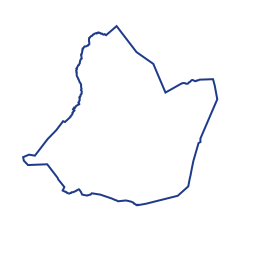 Ringebu nor, Oppland, Norway (Mercator projection), rotated 27°
{"feature_id": "86288312B31660011539204", "entity_name": "Ringebu nor", "entity_type": "district", "adm_level": 2, "iso_a3": "NOR", "parent_name": "Norway", "parent_adm1": "Oppland", "projection": "mercator", "projection_center": [10.18, 61.557], "detail": "fine", "context": "isolated", "style": "outline", "palette": "blue", "viewbox_px": 256, "rotation_deg": 27, "n_neighbors": 0, "source": "geoboundaries", "source_scale": "gbopen_adm2", "svg_char_len": 4958}
<svg xmlns="http://www.w3.org/2000/svg" viewBox="0 0 256 256"><g transform="rotate(27 128 128)"><path d="M98.2,213.4L101.5,213.3L101.5,213.2L101.8,213.2L102.2,213.1L102.7,213.2L103.4,213.6L104.2,213.3L104.3,213.3L105.6,213.0L105.7,212.8L106.4,211.9L106.7,211.8L106.9,211.3L106.9,210.9L108.3,210.1L108.6,209.5L108.9,209.3L109.2,209.0L109.6,208.6L109.7,208.4L109.8,208.2L110.3,207.5L110.6,207.2L110.7,206.7L110.9,206.4L112.1,204.9L112.7,205.1L114.9,206.2L115.9,207.0L117.3,208.1L118.8,207.8L120.1,207.4L121.4,207.0L121.6,206.9L122.0,206.8L122.1,206.7L122.4,206.6L122.5,206.3L122.9,206.1L124.3,204.8L124.4,204.6L124.7,204.5L124.9,204.3L125.0,203.9L125.1,203.4L125.2,203.0L125.4,202.6L133.7,199.9L135.8,199.6L145.5,198.2L149.1,198.0L150.6,197.7L151.9,197.8L152.4,197.8L158.9,193.6L161.2,192.9L164.3,192.2L166.8,192.1L167.0,192.3L167.4,192.4L167.4,192.5L167.5,192.6L167.9,192.5L168.1,192.6L168.4,192.5L168.7,192.6L169.3,192.6L170.2,192.8L170.3,192.7L170.7,192.6L170.8,192.5L171.0,192.6L171.3,192.3L171.4,192.5L171.5,192.5L178.2,187.5L203.1,165.8L208.2,152.7L205.9,144.7L205.3,142.1L203.4,135.6L201.2,127.6L197.7,109.4L198.9,107.6L197.3,104.5L195.5,77.1L194.5,61.9L186.0,50.8L181.6,45.9L169.9,52.4L169.7,52.5L169.4,53.1L168.7,53.8L168.3,54.0L168.2,54.2L167.8,54.4L167.8,54.7L167.3,55.1L167.2,55.3L167.0,55.6L166.5,55.8L166.1,55.8L165.1,55.9L164.7,55.8L164.3,55.8L163.6,56.0L163.2,56.3L163.0,56.5L162.8,57.0L162.7,57.5L162.3,58.7L162.1,59.0L161.6,59.6L161.5,60.5L161.2,61.1L161.2,61.3L160.9,61.5L160.5,61.6L160.3,61.8L160.1,62.0L159.7,62.1L159.1,62.3L158.5,62.2L158.2,62.2L157.1,62.7L156.4,63.2L155.8,63.9L155.6,63.9L145.3,79.4L132.4,68.6L121.5,59.4L101.1,56.5L71.6,42.4L66.3,55.3L66.2,55.3L65.8,55.0L65.4,55.0L65.1,55.0L64.9,55.0L64.6,55.0L64.5,55.3L64.4,55.5L64.1,55.8L63.6,55.8L63.3,56.0L62.9,56.0L62.5,55.8L62.1,55.8L61.9,55.7L61.8,55.8L61.6,56.1L61.1,56.3L60.7,56.1L60.1,56.0L59.9,56.0L59.7,56.1L59.3,56.1L59.2,56.3L58.9,56.3L58.7,56.5L58.5,56.4L58.3,56.3L58.2,56.4L57.9,56.6L57.8,56.8L57.8,57.0L57.7,57.1L57.0,57.5L56.9,57.7L57.0,58.0L56.9,58.0L56.4,58.1L56.0,58.4L55.8,58.7L55.5,59.0L55.2,59.4L55.2,59.7L55.0,59.9L54.9,60.3L54.6,60.5L54.3,60.8L54.3,61.1L54.3,61.4L54.3,61.5L54.2,61.8L54.1,62.2L54.0,62.4L53.8,62.4L53.6,62.6L53.4,63.0L53.2,63.3L53.1,63.6L53.1,63.8L53.1,64.3L52.9,64.4L52.9,64.8L52.8,65.0L52.5,65.5L52.8,66.0L52.8,66.5L53.2,67.0L53.4,67.6L53.6,67.8L53.8,68.3L53.9,68.5L54.1,68.7L54.8,69.5L54.9,69.8L55.0,70.1L55.4,70.7L55.5,70.9L55.5,71.1L55.4,71.2L55.2,71.5L55.0,72.4L55.0,72.5L54.5,72.7L54.5,73.1L54.4,73.2L53.9,73.8L53.6,74.3L53.3,74.6L52.4,74.9L52.3,75.0L52.2,75.2L52.2,75.4L52.1,75.8L52.0,76.6L51.9,76.8L52.0,77.2L51.9,77.4L51.7,77.6L51.5,77.8L51.6,78.0L51.8,78.1L52.0,78.3L52.1,78.6L52.1,78.9L52.1,79.0L51.9,79.5L52.2,79.9L52.3,80.1L52.6,80.8L52.7,81.6L52.9,81.8L53.0,82.4L52.9,82.7L52.9,82.9L53.0,83.2L52.9,83.6L53.2,83.7L53.3,83.8L53.1,84.3L53.2,84.5L53.4,84.6L53.8,85.1L54.2,85.7L54.6,86.5L55.2,87.0L55.2,87.3L54.9,87.5L54.8,87.8L54.8,88.1L54.8,88.5L54.7,88.7L54.7,89.0L54.8,89.2L54.9,89.4L54.9,89.8L54.9,90.4L55.1,90.7L55.1,90.9L55.2,91.1L55.5,91.9L55.7,92.3L55.6,93.0L55.5,93.3L55.5,93.5L55.7,94.0L55.3,94.5L55.1,94.9L55.2,95.3L55.2,95.6L55.2,95.9L55.3,96.2L55.3,96.3L55.1,97.2L55.1,97.7L55.0,98.1L55.0,98.3L55.5,98.3L55.6,98.6L55.7,98.8L55.8,98.9L55.9,99.1L55.9,99.3L55.7,99.8L55.6,100.0L55.7,100.3L55.8,100.4L56.2,100.6L56.3,100.7L56.4,100.8L56.4,101.3L56.5,101.5L56.9,101.6L57.0,101.7L57.1,101.8L57.1,102.2L57.1,102.3L57.5,102.6L57.8,103.0L57.9,103.3L58.0,103.6L58.1,103.9L58.4,104.4L58.6,104.7L58.9,104.9L59.4,105.4L59.9,105.6L60.8,106.3L61.2,106.8L61.5,106.8L62.1,107.4L62.8,107.8L63.1,108.2L64.2,109.2L64.3,109.3L65.1,109.5L66.0,110.2L66.2,110.5L66.7,110.9L66.9,111.2L67.1,112.0L67.5,112.5L67.6,112.8L68.1,113.3L68.3,113.7L68.8,114.1L68.9,114.4L68.8,114.6L68.9,114.8L69.0,114.9L69.1,115.1L68.9,115.5L69.7,116.1L70.1,116.3L70.3,116.5L70.5,117.3L70.7,117.7L70.8,118.0L71.1,118.3L71.1,118.7L70.7,119.7L70.7,119.9L70.9,120.1L70.9,120.4L71.0,120.5L71.2,120.9L71.2,121.1L71.2,121.3L71.0,121.7L70.9,121.8L70.7,122.1L70.7,122.5L70.7,122.8L70.8,122.9L71.4,123.1L71.4,123.5L71.6,123.7L71.6,123.9L71.6,124.1L71.8,124.3L71.9,124.6L72.2,124.8L72.3,125.0L72.3,125.4L72.3,125.5L72.4,126.2L72.3,126.3L72.4,126.7L72.5,126.8L72.5,127.1L72.3,127.5L72.2,127.6L72.2,127.8L72.8,128.4L73.1,128.3L73.5,128.5L73.7,128.8L73.8,129.0L72.9,130.1L71.8,131.9L71.6,132.4L71.6,132.7L71.7,133.3L71.8,133.6L71.5,134.0L71.5,134.3L71.5,134.5L70.7,134.4L70.5,136.4L72.3,136.8L72.2,137.4L71.9,138.1L71.8,138.7L71.8,138.8L71.7,138.9L71.6,139.1L71.6,139.6L71.9,139.6L71.9,139.8L72.0,140.0L72.0,140.3L72.1,140.5L72.1,140.9L72.1,141.1L72.1,141.3L72.1,141.5L71.9,142.0L71.9,142.3L71.9,142.5L71.8,142.8L71.7,143.0L71.5,143.5L71.4,143.8L71.4,144.0L71.7,144.3L69.1,151.3L67.1,151.4L65.1,162.4L61.4,174.4L57.6,194.9L51.9,196.7L47.8,201.6L50.0,204.4L55.7,206.4L72.5,197.0L88.0,204.4L89.2,205.5L98.1,209.5L98.2,213.4Z" fill="none" stroke="#1e3a8a" stroke-width="2"/></g></svg>